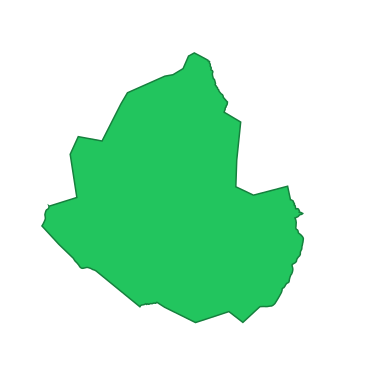 the district of Santa Rita, Copán, Honduras, rotated 206°
{"feature_id": "27666195B5309691152519", "entity_name": "Santa Rita", "entity_type": "district", "adm_level": 2, "iso_a3": "HND", "parent_name": "Honduras", "parent_adm1": "Copán", "projection": "albers", "projection_center": [-89.049, 14.871], "detail": "fine", "context": "isolated", "style": "filled", "palette": "green", "viewbox_px": 384, "rotation_deg": 206, "n_neighbors": 0, "source": "geoboundaries", "source_scale": "gbopen_adm2", "svg_char_len": 5224}
<svg xmlns="http://www.w3.org/2000/svg" viewBox="0 0 384 384"><g transform="rotate(206 192 192)"><path d="M231.9,315.1L232.5,315.4L232.9,315.6L233.1,315.8L233.2,316.3L233.3,316.6L233.4,316.9L233.5,317.0L233.9,317.0L234.1,317.0L234.5,316.9L234.8,316.8L235.1,316.9L235.2,317.0L235.3,317.2L235.4,317.4L243.6,317.8L250.9,318.0L254.7,312.7L254.1,299.0L260.5,289.1L267.2,284.2L293.5,252.9L294.5,240.0L295.2,198.4L318.5,191.9L318.0,172.5L293.1,136.6L314.1,116.7L314.6,116.8L314.4,116.6L314.2,116.3L314.1,116.1L314.0,115.8L313.9,115.5L313.8,115.3L313.8,115.1L313.8,114.8L313.9,114.0L314.0,113.7L314.2,113.3L314.3,113.0L314.8,112.4L314.9,112.2L315.0,111.7L315.0,111.4L315.0,110.9L315.0,110.5L314.7,109.0L314.5,107.9L314.4,107.5L314.2,107.0L313.8,106.4L313.2,105.6L312.7,104.8L312.4,104.4L312.2,103.9L312.1,103.5L312.0,103.2L311.9,102.3L311.8,100.5L311.8,99.4L311.8,98.2L311.8,97.7L311.9,96.8L312.0,95.7L288.7,86.6L269.6,80.4L267.1,78.8L266.0,78.4L264.0,77.7L262.7,77.1L261.4,76.5L260.6,75.9L259.6,75.4L258.2,75.1L257.2,75.3L256.2,75.9L255.2,76.7L254.6,77.2L253.8,77.9L252.6,78.5L251.3,78.7L249.8,78.9L248.6,78.9L247.6,78.8L246.5,78.9L245.5,79.1L243.6,79.0L188.5,66.0L188.4,66.4L188.4,67.1L188.3,67.5L188.2,67.7L187.9,68.1L187.5,68.5L186.9,68.9L186.2,69.4L185.3,70.2L185.1,70.5L184.8,71.0L184.6,71.3L184.4,71.3L184.1,71.3L184.0,71.1L183.8,71.0L183.7,71.0L183.4,71.1L183.2,71.4L183.2,71.6L183.2,71.8L182.9,72.0L182.7,72.1L182.4,72.1L182.1,72.0L181.9,72.0L181.6,72.2L181.4,72.3L181.3,72.5L181.2,72.6L181.0,72.9L180.9,73.0L180.6,73.4L180.3,73.5L180.1,73.6L179.4,73.9L178.9,74.1L178.7,74.3L178.5,74.5L178.1,75.0L177.8,75.2L177.6,75.4L177.3,75.6L177.0,75.7L176.6,75.8L176.3,75.9L176.1,76.0L175.9,76.1L175.8,76.3L175.6,76.5L175.4,77.1L175.3,77.3L175.2,77.5L166.0,76.4L131.6,76.2L106.4,100.7L89.1,97.1L80.7,118.7L77.8,120.3L74.3,121.9L72.1,123.5L70.4,124.5L69.4,126.0L68.6,128.0L68.3,130.7L68.0,133.8L67.8,136.5L67.7,138.7L67.6,140.9L67.8,142.2L68.0,143.2L68.5,144.5L68.1,145.6L67.5,146.4L67.2,148.0L67.2,148.8L67.1,150.1L66.8,151.4L66.0,152.4L65.5,153.3L65.6,154.6L66.2,156.3L66.6,158.4L66.8,160.6L66.5,162.1L66.7,164.1L67.0,165.4L67.5,166.8L68.3,168.0L69.2,169.0L69.9,169.9L70.1,170.8L69.4,172.0L68.3,173.6L67.9,174.7L67.8,175.6L68.1,176.6L68.3,178.0L67.9,180.2L67.3,181.9L67.3,183.4L67.9,184.8L68.3,185.5L68.4,187.0L68.3,188.4L68.7,189.8L69.1,190.7L69.4,191.6L69.6,192.9L70.0,194.1L70.3,195.6L70.9,197.3L71.4,198.8L72.1,199.6L73.3,200.4L75.6,201.3L77.3,201.6L78.4,201.9L78.9,202.4L79.4,203.2L79.9,203.7L80.5,204.1L82.0,204.3L82.6,204.8L83.2,205.7L83.5,206.8L84.4,208.9L84.9,210.2L85.6,211.2L86.3,212.2L88.1,213.8L87.8,214.1L87.4,214.4L87.2,214.7L86.8,215.3L86.7,215.5L86.3,215.8L86.1,216.1L85.9,216.4L85.8,216.8L85.6,217.3L85.5,217.7L85.5,218.0L85.3,218.3L85.1,218.6L84.9,219.0L84.7,219.2L83.6,220.0L83.4,220.4L83.3,220.7L83.2,220.9L83.0,221.2L83.0,221.3L83.4,221.3L83.7,221.3L84.1,221.3L84.7,221.4L84.8,221.4L85.1,221.3L85.8,221.0L86.5,220.8L86.8,220.8L86.8,221.1L86.7,221.4L86.7,221.5L86.8,221.8L87.1,222.0L87.5,222.2L87.6,222.3L87.7,222.5L88.0,222.5L88.3,222.7L88.4,222.9L88.4,223.0L88.5,223.1L89.0,223.3L89.5,223.4L90.0,223.2L90.5,222.9L90.9,222.5L91.0,222.4L91.3,222.4L91.6,222.5L91.8,222.7L91.8,222.8L92.0,223.2L92.3,223.6L92.8,224.3L93.1,224.6L93.3,224.9L93.6,225.1L93.8,225.1L94.0,225.0L94.3,225.0L94.5,225.2L94.7,226.1L94.8,226.3L95.0,226.6L95.6,226.9L96.1,227.1L96.3,227.2L96.4,227.4L96.5,227.5L96.7,227.9L96.8,228.0L97.1,228.2L97.4,228.3L98.3,228.4L99.1,228.4L99.5,228.4L100.1,228.2L108.6,239.1L135.4,216.1L154.9,215.9L165.7,240.1L178.9,276.2L198.1,277.8L198.2,278.2L198.3,279.1L198.4,280.7L198.5,281.0L198.7,281.4L198.8,281.6L198.9,281.9L198.9,282.1L198.9,282.3L198.9,282.5L198.7,283.0L198.7,283.3L198.7,283.5L198.8,283.8L198.9,284.0L199.0,284.3L199.0,284.5L198.9,285.0L198.8,285.3L198.8,285.9L198.9,286.5L199.0,287.0L199.3,287.3L199.5,287.6L199.4,287.9L199.4,288.0L199.5,288.3L199.6,288.5L201.8,289.2L202.0,289.3L202.1,289.5L202.3,289.6L202.5,289.6L202.8,289.6L203.1,289.7L203.3,289.9L203.5,290.1L203.9,290.3L204.2,290.4L204.7,290.4L204.9,290.5L205.0,290.6L205.3,290.7L205.5,290.9L205.6,291.1L205.8,291.5L206.1,291.9L206.6,292.3L207.1,292.7L207.3,292.8L207.6,292.9L207.8,292.9L208.1,292.9L208.7,293.0L210.1,293.6L211.2,294.1L211.6,294.3L212.1,294.7L212.3,294.8L212.6,295.3L212.9,295.5L213.0,295.6L213.5,295.7L213.8,295.8L214.1,295.9L214.3,296.1L214.5,296.4L214.8,296.8L214.9,297.0L215.1,297.1L215.4,297.2L215.6,297.2L215.9,297.2L216.1,297.2L216.3,297.4L216.6,297.8L216.9,298.0L217.2,298.1L217.6,298.2L217.8,298.3L218.0,298.4L218.2,298.6L218.3,298.8L218.3,299.0L218.3,299.3L218.3,299.5L218.5,299.9L219.7,301.3L220.9,302.7L221.2,302.9L221.4,303.1L221.6,303.1L221.9,303.1L222.0,303.1L222.4,303.2L222.9,303.7L223.4,304.3L224.1,305.1L224.6,305.7L224.9,306.2L225.2,306.6L225.6,307.5L225.7,307.8L225.8,308.1L225.8,308.7L225.9,308.9L226.0,309.2L226.1,309.4L226.3,309.6L226.6,309.8L226.9,309.9L227.2,310.1L227.3,310.1L227.5,310.1L228.0,310.0L228.4,310.1L228.5,310.2L228.6,310.3L228.7,310.5L228.8,310.9L228.8,311.0L228.9,311.4L229.0,311.7L229.2,312.0L229.3,312.2L229.5,312.3L229.9,312.6L230.4,313.0L230.7,313.1L230.8,313.1L231.1,313.9L231.4,314.5L231.6,314.8L231.9,315.1Z" fill="#22c55e" stroke="#15803d" stroke-width="1.5"/></g></svg>